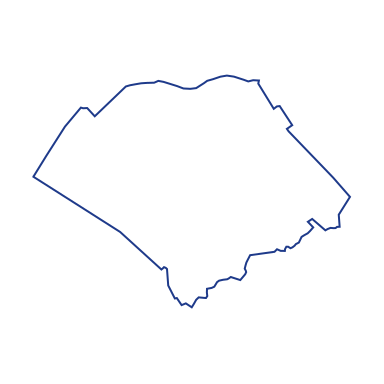 the district of Kulaijaya, Johor, Malaysia, rotated 353°
{"feature_id": "92858781B77755411745481", "entity_name": "Kulaijaya", "entity_type": "district", "adm_level": 2, "iso_a3": "MYS", "parent_name": "Malaysia", "parent_adm1": "Johor", "projection": "orthographic", "projection_center": [103.587, 1.669], "detail": "fine", "context": "isolated", "style": "outline", "palette": "blue", "viewbox_px": 384, "rotation_deg": 353, "n_neighbors": 0, "source": "geoboundaries", "source_scale": "gbopen_adm2", "svg_char_len": 1414}
<svg xmlns="http://www.w3.org/2000/svg" viewBox="0 0 384 384"><g transform="rotate(353 192 192)"><path d="M35.8,157.0L115.8,222.9L152.2,265.2L153.8,264.2L155.0,263.2L156.8,264.2L157.8,265.4L157.0,281.9L162.0,295.6L164.0,295.4L167.9,303.0L172.3,301.8L177.7,306.4L180.2,303.3L183.0,299.5L185.8,297.4L192.2,298.8L193.0,298.9L194.5,297.1L194.5,293.6L195.1,289.9L199.8,289.6L202.6,288.7L205.9,284.5L208.1,283.3L212.1,282.9L216.3,282.9L217.9,282.3L220.1,281.1L229.2,285.3L234.8,280.1L236.0,278.1L235.8,276.7L235.0,274.5L236.2,271.4L237.4,268.6L239.0,266.2L242.0,261.8L266.6,261.4L269.4,259.2L272.8,261.2L277.0,261.8L277.4,260.0L279.0,257.8L280.7,258.0L282.9,259.8L284.9,259.2L287.3,257.8L288.7,256.4L291.9,255.2L295.3,249.9L298.3,248.5L301.8,247.1L304.4,245.1L308.0,241.9L303.4,235.7L308.0,233.4L319.7,246.3L322.1,245.3L325.1,244.5L327.9,245.1L330.1,245.3L331.7,244.3L334.3,244.5L334.9,232.4L348.2,216.1L337.5,200.3L333.9,195.0L295.3,143.6L293.9,140.9L299.6,137.9L289.5,117.4L286.7,117.4L283.3,119.4L271.0,92.5L272.0,89.5L266.3,88.5L261.3,89.1L257.0,86.9L247.7,82.6L240.8,80.7L234.3,81.0L226.5,82.6L220.6,83.5L217.2,85.4L213.2,87.3L208.8,89.4L202.9,89.4L196.1,88.2L190.2,85.1L181.8,81.3L177.1,79.2L172.1,77.6L167.8,78.9L160.3,78.2L154.7,77.9L148.5,78.2L143.5,78.5L139.2,79.2L104.7,105.0L98.2,95.9L94.1,95.6L92.0,94.7L73.9,111.6L52.0,138.1L36.6,157.3L35.8,157.0Z" fill="none" stroke="#1e3a8a" stroke-width="2"/></g></svg>